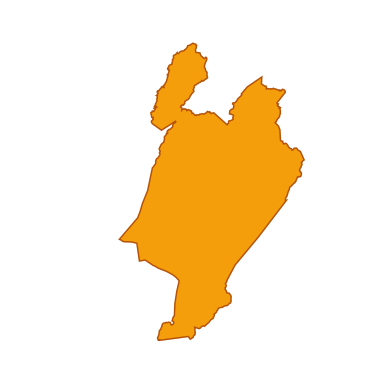 Nawa, Bas-Sassandra, Ivory Coast (Equal Earth projection), rotated 218°
{"feature_id": "98640826B56207519899242", "entity_name": "Nawa", "entity_type": "district", "adm_level": 2, "iso_a3": "CIV", "parent_name": "Ivory Coast", "parent_adm1": "Bas-Sassandra", "projection": "equal_earth", "projection_center": [-6.491, 5.911], "detail": "fine", "context": "isolated", "style": "filled", "palette": "amber", "viewbox_px": 384, "rotation_deg": 218, "n_neighbors": 0, "source": "geoboundaries", "source_scale": "gbopen_adm2", "svg_char_len": 6096}
<svg xmlns="http://www.w3.org/2000/svg" viewBox="0 0 384 384"><g transform="rotate(218 192 192)"><path d="M112.5,243.8L112.8,243.5L113.0,242.6L114.5,244.8L114.7,247.3L116.4,251.5L117.0,254.2L118.0,255.9L117.5,257.3L117.1,261.5L116.7,262.8L116.9,264.0L116.7,264.4L117.2,265.2L117.5,267.1L118.1,268.8L118.1,269.1L117.1,269.5L116.8,270.3L116.1,270.7L115.9,271.2L116.1,271.5L116.5,273.0L117.8,274.6L119.8,274.7L120.4,275.1L120.2,275.4L121.1,276.3L121.4,277.3L121.3,278.3L122.4,281.7L123.2,281.8L123.6,282.6L124.0,282.7L123.7,284.2L123.9,284.8L123.4,286.3L131.6,290.7L134.0,290.3L136.7,290.9L138.3,289.6L138.5,288.9L138.2,287.8L138.9,286.7L139.1,287.1L140.3,287.2L142.0,286.6L142.3,286.9L143.9,286.9L145.0,287.7L147.2,288.2L148.4,287.9L149.1,286.5L149.5,286.3L150.0,286.8L151.1,287.0L151.8,287.8L153.5,287.0L154.5,287.6L161.0,295.1L164.5,297.2L169.1,297.7L169.2,298.7L168.8,299.3L169.3,299.8L169.2,300.6L169.5,301.3L169.4,305.3L170.3,306.5L170.6,308.4L171.4,308.9L172.0,310.1L172.6,310.4L172.8,310.8L173.8,311.5L174.4,311.5L174.1,312.2L174.4,312.5L174.3,312.9L175.6,312.9L175.9,312.3L176.9,312.6L177.2,312.4L177.7,312.6L177.8,313.5L178.2,313.4L178.3,314.4L178.9,313.9L179.9,314.3L179.9,328.6L180.0,328.3L181.7,329.3L183.8,328.8L184.0,328.4L183.9,327.0L184.4,327.0L184.8,325.9L185.4,326.5L185.7,326.4L186.1,325.6L186.6,325.7L187.0,325.3L189.4,324.7L190.4,324.1L191.8,323.8L192.4,322.2L193.1,322.1L194.8,320.7L196.4,320.0L196.7,319.0L198.8,321.0L199.5,320.3L203.8,319.9L207.8,325.6L213.1,308.9L213.5,299.6L212.8,299.5L212.5,298.4L213.3,293.7L212.8,290.6L213.4,288.2L214.3,287.8L214.6,287.1L214.3,286.4L212.8,286.3L211.2,284.2L210.9,282.8L211.8,281.4L212.2,279.7L212.1,279.1L211.0,277.2L210.4,276.6L209.5,277.4L208.7,277.3L207.6,277.9L206.4,277.9L205.8,276.1L205.3,275.3L204.7,275.2L204.5,274.7L204.5,273.9L205.6,271.9L206.7,270.6L206.5,270.0L205.6,268.7L205.9,267.7L205.7,266.6L223.7,267.8L225.2,265.6L226.3,266.1L227.1,265.5L227.6,266.0L228.5,265.0L229.4,265.0L229.6,263.3L230.4,260.8L232.3,259.9L233.2,258.5L233.8,258.2L233.8,257.2L235.7,255.8L235.8,254.9L236.3,254.6L236.9,254.7L237.3,254.3L239.8,254.8L240.3,253.9L240.5,253.9L242.3,255.5L242.9,254.9L243.8,255.2L245.6,254.7L245.7,253.6L246.3,253.7L246.4,253.0L247.8,253.6L248.5,253.3L249.3,252.2L249.6,252.4L249.7,252.1L250.0,252.0L250.4,251.2L250.4,250.1L251.7,252.0L252.4,252.3L253.4,251.9L253.7,253.0L253.3,254.7L252.8,255.1L252.4,254.9L252.1,255.8L252.4,256.7L252.3,257.5L252.9,258.0L253.4,259.1L253.0,259.8L252.8,261.0L252.0,262.6L252.0,264.8L252.6,266.7L252.5,268.4L252.8,269.6L252.4,270.8L252.6,271.9L252.5,272.5L254.2,273.5L254.0,274.3L254.7,275.0L254.7,275.9L255.5,277.2L255.3,278.3L254.7,279.1L254.6,280.4L253.8,281.6L253.9,282.5L253.0,283.7L252.8,285.3L253.0,285.8L251.8,285.9L251.2,286.9L251.0,289.2L250.8,289.8L250.3,290.0L250.2,291.8L252.1,293.2L253.8,295.5L256.1,296.1L257.7,297.6L258.8,297.7L259.2,298.1L259.7,298.8L260.9,301.6L261.8,305.2L262.2,306.0L263.5,306.9L264.3,306.4L264.2,305.1L264.5,304.6L269.3,305.0L271.4,306.5L274.8,304.4L276.7,305.9L277.3,307.8L278.7,310.5L279.5,310.2L280.0,310.8L281.3,310.1L282.8,309.9L283.6,307.9L283.7,307.0L285.5,304.6L284.9,303.4L284.8,302.7L285.0,300.3L285.4,299.5L285.3,298.2L287.1,296.5L287.8,294.9L287.9,293.1L288.2,292.5L289.1,292.2L289.5,292.6L289.6,290.0L290.6,288.4L290.6,288.1L290.3,287.5L288.9,286.3L288.9,284.4L287.8,282.9L287.2,281.3L286.5,280.4L286.6,279.9L287.2,279.4L287.9,277.7L287.7,276.4L287.2,275.8L287.4,274.6L286.8,273.8L286.2,274.2L285.6,273.7L285.3,274.1L284.7,273.9L283.5,270.4L283.6,269.2L283.0,269.4L282.5,269.2L282.3,267.8L281.4,266.4L280.2,263.2L280.1,261.4L279.5,259.8L280.1,258.5L280.0,257.9L279.7,257.3L279.1,257.6L278.3,257.1L278.5,256.8L279.6,256.7L280.6,256.2L280.7,255.6L280.2,254.9L280.6,253.7L280.4,252.1L280.5,251.6L281.3,250.8L281.2,249.5L280.6,249.1L280.4,249.7L279.5,248.8L279.2,247.2L279.5,246.2L278.4,246.5L278.2,245.7L277.2,244.8L277.3,244.0L275.9,242.5L275.1,240.2L275.1,239.3L274.4,237.7L274.2,236.0L273.6,235.7L273.5,234.9L273.0,235.6L272.9,237.4L272.3,237.3L271.7,237.8L272.4,236.4L272.2,235.6L272.6,234.9L272.0,234.4L271.8,232.6L272.0,231.8L272.6,231.8L273.1,231.2L272.7,230.5L273.1,229.9L273.2,229.0L269.6,226.1L269.0,226.3L268.5,226.8L267.8,225.4L267.2,225.2L267.6,223.4L267.5,222.5L265.5,221.4L254.1,221.9L248.6,237.6L248.1,237.5L248.0,237.1L248.3,236.4L248.1,235.5L248.7,235.1L248.9,234.2L247.3,230.9L247.7,229.5L247.7,228.3L248.7,227.0L248.8,226.0L248.5,225.8L248.6,225.6L249.0,225.4L249.1,225.0L248.1,223.2L247.9,223.1L247.7,223.5L247.4,223.4L248.0,222.0L247.5,221.5L247.8,220.1L247.5,219.4L247.7,218.3L246.0,216.5L245.6,214.9L244.9,214.2L245.6,210.6L244.5,205.9L244.3,205.6L243.4,205.3L242.9,204.6L241.9,204.3L241.8,202.7L240.7,202.3L240.2,201.5L239.8,197.8L240.4,196.5L239.7,194.0L238.7,192.9L238.0,191.7L238.1,189.4L237.9,188.1L238.1,186.7L227.8,165.8L223.9,152.2L220.9,144.8L218.9,138.2L220.1,110.0L218.1,110.5L216.5,110.4L214.9,111.0L208.7,115.5L203.9,117.7L190.9,105.2L187.1,109.5L176.8,110.3L175.5,110.8L171.8,111.2L163.1,113.8L156.5,114.9L152.6,115.0L147.7,114.2L147.1,113.5L142.8,104.3L136.7,93.5L129.7,83.6L129.8,82.1L129.1,79.9L128.6,79.2L128.4,78.2L126.3,78.4L125.6,77.2L125.6,75.7L126.2,74.7L127.0,74.7L128.9,75.7L130.0,75.2L130.5,74.8L131.0,73.9L132.1,73.3L132.8,72.0L133.6,71.4L133.9,70.1L133.9,69.3L133.2,68.0L132.1,64.3L132.4,62.9L130.3,59.2L129.6,57.1L129.5,56.1L128.6,55.1L127.6,54.7L126.7,55.7L126.3,55.5L126.4,55.1L126.0,55.4L105.9,75.9L102.8,74.9L102.6,75.3L101.6,78.3L102.1,79.3L102.1,80.3L101.8,81.5L102.3,81.9L102.9,83.4L104.0,84.0L105.9,86.7L106.5,87.1L102.3,88.7L101.8,89.5L101.7,91.0L101.1,93.1L100.7,93.6L99.5,93.8L98.4,99.8L98.5,102.7L97.5,105.5L97.8,106.5L98.1,106.7L98.3,108.3L99.0,109.2L99.4,109.3L98.9,110.9L98.8,112.5L99.3,113.9L99.1,114.9L99.6,116.9L97.7,119.3L97.0,119.9L96.3,122.2L94.2,124.4L94.1,126.4L93.4,128.3L94.0,130.1L94.9,131.0L96.9,133.8L97.8,134.4L100.5,135.1L102.4,134.0L104.6,135.5L105.5,135.5L107.0,137.0L106.8,138.0L107.6,139.6L109.0,140.2L109.4,140.7L109.3,142.0L109.7,143.4L110.0,143.6L113.1,160.9L112.0,196.7L112.5,243.8Z" fill="#f59e0b" stroke="#b45309" stroke-width="1.5"/></g></svg>